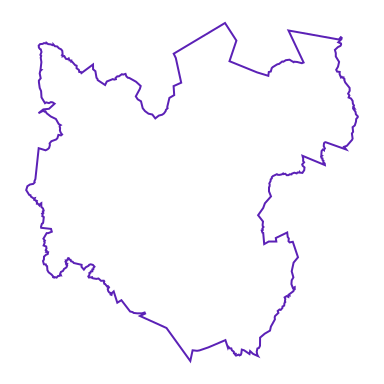 outline of Hidalgo del Parral, Chihuahua, Mexico
{"feature_id": "50627088B29513043306551", "entity_name": "Hidalgo del Parral", "entity_type": "district", "adm_level": 2, "iso_a3": "MEX", "parent_name": "Mexico", "parent_adm1": "Chihuahua", "projection": "robinson", "projection_center": [-105.698, 27.115], "detail": "fine", "context": "isolated", "style": "outline", "palette": "violet", "viewbox_px": 384, "rotation_deg": 0, "n_neighbors": 0, "source": "geoboundaries", "source_scale": "gbopen_adm2", "svg_char_len": 5765}
<svg xmlns="http://www.w3.org/2000/svg" viewBox="0 0 384 384"><path d="M340.8,37.2L338.8,39.5L288.5,30.5L303.6,62.5L301.9,63.2L297.3,62.0L294.2,61.7L293.7,62.2L289.5,59.7L285.8,60.2L283.4,61.7L282.2,61.5L279.1,63.9L277.3,64.3L272.6,67.2L271.7,68.2L270.8,71.5L268.8,72.0L268.3,75.8L257.1,72.4L229.5,61.2L236.4,40.6L225.0,23.0L173.7,53.7L175.8,58.0L181.2,82.7L173.6,86.1L174.2,95.1L169.4,97.9L167.2,107.2L167.6,108.2L165.9,109.9L165.6,111.2L163.9,113.5L162.2,114.7L158.8,115.6L155.3,118.4L152.3,114.5L148.5,113.7L145.0,111.1L142.7,108.2L141.0,101.3L137.7,99.3L135.8,96.4L139.9,88.8L140.7,86.0L136.0,81.7L129.2,77.9L128.0,77.8L126.4,76.4L125.5,73.9L123.1,74.6L121.9,74.2L118.9,76.3L117.3,76.3L115.6,77.9L115.9,79.2L114.2,79.6L112.8,79.1L106.8,81.5L105.1,85.0L97.7,80.1L97.4,78.8L96.5,77.8L95.4,71.2L93.1,69.3L93.0,64.5L81.4,73.1L80.8,71.9L79.3,72.0L78.8,69.8L76.6,68.3L76.6,65.7L75.1,65.1L72.2,61.8L71.2,61.7L71.3,60.5L69.4,60.4L68.7,58.4L67.5,59.2L65.9,58.8L64.3,56.1L62.6,56.4L62.8,55.6L62.0,55.1L62.6,54.4L62.3,50.9L61.2,49.4L58.8,48.2L57.3,46.5L54.9,46.2L53.4,44.5L53.4,45.1L52.7,45.2L50.8,44.4L48.1,44.1L46.3,42.7L46.0,43.4L44.0,43.1L42.6,43.9L40.1,44.1L38.7,45.6L38.9,47.6L40.0,49.1L40.8,49.4L41.5,52.0L40.4,54.9L41.2,55.9L40.7,57.7L41.4,62.1L40.5,69.9L41.3,70.0L40.2,71.1L39.7,73.5L40.7,78.3L38.9,80.5L38.9,82.1L39.7,87.9L41.1,91.1L41.5,97.4L45.0,103.2L46.2,102.4L49.0,103.1L50.9,102.1L52.7,102.4L54.6,103.7L49.0,108.8L43.3,109.4L38.5,113.2L43.3,110.7L44.6,111.7L45.5,111.4L46.7,113.3L50.8,116.5L55.9,119.0L58.7,124.0L60.6,125.1L59.8,125.6L59.6,126.7L60.1,128.0L59.9,130.4L60.7,132.7L62.1,134.5L61.0,135.4L58.4,134.9L57.4,138.2L56.1,139.5L51.4,141.2L49.6,143.4L49.9,145.1L49.1,147.9L47.7,149.2L45.6,150.3L38.7,148.2L35.4,179.0L34.4,181.3L34.7,182.4L33.2,183.9L30.0,184.5L27.4,186.2L26.2,190.1L29.2,194.9L30.5,195.2L30.8,196.5L33.7,198.5L34.8,198.2L34.2,199.8L36.8,200.9L36.4,201.6L37.0,202.3L36.9,203.7L37.8,203.7L39.3,205.3L39.5,204.5L40.4,204.6L40.5,203.7L41.3,203.2L41.3,206.8L43.0,208.5L43.7,210.7L42.8,211.3L43.3,213.0L42.1,213.6L42.7,214.8L42.3,216.1L43.8,217.1L43.2,222.3L42.8,223.3L41.9,223.7L41.0,226.8L41.2,227.8L51.0,228.9L51.8,231.7L48.3,233.1L46.7,233.1L43.4,238.7L44.9,240.7L44.2,241.3L44.7,242.7L43.6,245.5L46.2,246.5L46.5,248.4L45.7,250.1L46.6,250.8L46.1,251.9L48.1,252.2L47.7,254.1L46.2,254.6L44.0,256.6L43.9,259.6L43.0,261.0L43.9,264.3L45.8,264.4L46.2,265.6L47.1,266.2L47.4,270.2L48.6,272.3L51.6,274.6L53.1,276.4L53.1,277.2L54.2,277.6L54.7,277.1L56.6,277.6L57.9,276.1L59.6,275.8L59.8,275.1L60.9,275.3L60.2,273.6L61.0,271.9L63.0,270.9L64.0,269.0L66.4,267.4L66.9,266.3L67.2,265.3L66.6,264.9L67.1,263.8L66.0,263.7L66.1,262.6L65.5,261.8L66.1,261.2L65.9,260.5L66.8,260.6L68.2,258.1L69.0,258.4L69.2,259.6L70.6,259.8L71.1,261.3L72.6,261.7L73.8,263.0L81.6,264.8L81.5,266.8L83.9,269.6L85.7,267.3L88.5,265.8L89.2,264.8L90.7,264.3L92.9,264.9L94.5,266.7L93.4,268.0L93.3,269.3L92.3,269.5L92.3,271.3L90.7,271.5L90.4,272.8L89.4,273.0L89.4,275.0L88.3,276.4L88.9,277.5L92.1,277.2L92.2,278.0L93.0,278.3L96.4,278.9L98.5,278.5L101.0,280.8L103.8,280.7L104.3,281.3L103.9,282.6L104.4,283.9L105.1,284.0L107.2,286.6L107.9,286.1L109.0,287.3L107.7,289.1L108.3,291.2L109.2,292.4L110.4,292.9L110.5,294.5L111.5,294.9L111.9,293.1L113.7,291.4L117.3,302.7L121.4,300.2L130.1,311.5L132.7,312.1L133.5,312.9L136.9,313.3L142.1,313.3L144.6,312.5L145.1,313.6L140.0,316.0L166.5,328.0L190.3,361.0L192.6,350.3L197.1,350.8L199.5,350.4L208.3,347.4L225.4,340.1L228.0,348.0L228.5,346.9L229.9,348.4L231.3,348.4L231.9,350.3L233.8,351.7L233.9,353.3L235.6,353.7L235.1,354.6L236.0,355.6L238.8,354.6L239.5,355.4L240.7,354.9L241.3,353.6L241.8,349.6L244.1,350.3L249.5,354.0L250.1,351.1L253.1,353.9L258.0,356.1L257.3,354.9L256.7,351.7L257.4,348.5L259.0,347.9L260.0,345.8L260.1,337.6L264.7,333.7L270.0,330.6L270.9,326.6L274.9,319.4L274.7,317.2L275.1,316.0L278.4,312.9L277.7,311.0L279.5,309.5L280.7,309.9L282.4,308.0L282.5,306.5L284.2,305.6L284.4,303.2L285.3,302.0L284.9,301.3L285.3,299.0L284.6,297.4L286.6,296.1L288.3,296.9L288.3,295.4L289.5,295.5L289.1,294.4L293.4,291.2L293.8,289.8L294.7,289.3L294.7,287.2L292.9,288.1L291.4,284.1L291.7,280.3L293.4,277.4L291.7,271.3L293.6,262.6L298.0,257.3L292.8,241.8L289.6,242.4L288.5,241.2L288.8,238.5L287.7,236.9L287.2,232.5L275.8,238.0L276.3,241.5L268.8,241.5L264.2,244.1L263.2,232.9L262.5,232.7L261.7,230.4L262.8,229.9L262.4,228.5L263.5,227.0L262.7,226.0L262.6,224.8L263.0,221.5L258.1,215.2L263.2,208.0L264.9,203.3L271.0,196.4L269.0,191.4L269.0,187.2L269.5,186.6L269.7,184.7L269.3,183.5L270.6,181.0L270.7,179.4L271.8,178.4L271.8,177.2L272.9,176.1L276.9,174.2L277.8,174.8L279.5,174.9L281.8,174.4L283.1,173.5L283.5,174.1L285.3,173.8L286.8,175.2L288.6,175.1L289.6,174.3L291.5,174.4L291.8,173.7L294.3,172.7L296.7,173.4L297.5,172.5L299.2,172.5L299.5,172.0L299.8,172.6L302.4,172.9L304.2,170.2L304.5,167.4L302.7,165.8L302.2,164.4L304.1,162.3L303.1,161.0L303.2,158.6L302.5,155.8L324.9,165.1L324.7,163.5L323.2,162.0L323.5,160.8L322.4,159.8L322.5,158.4L321.5,157.9L321.1,156.6L322.0,155.8L321.3,155.5L321.6,151.0L322.9,149.5L324.0,150.2L324.0,149.4L324.9,148.5L323.7,146.1L324.0,143.3L324.6,142.5L325.6,142.2L346.2,149.5L344.1,146.8L346.9,145.8L352.1,139.8L352.6,138.6L351.9,133.5L353.1,131.8L352.6,127.2L354.8,125.4L356.0,121.6L356.2,119.0L357.7,117.3L357.8,116.4L355.9,114.3L355.5,111.8L353.1,108.5L353.2,107.3L354.0,107.7L353.5,106.9L354.0,105.5L352.9,103.8L352.6,100.9L351.0,98.5L348.6,97.5L349.4,95.4L348.1,93.7L349.7,90.8L349.6,87.9L345.2,82.4L344.3,80.0L344.5,79.1L343.7,78.4L343.5,77.4L342.6,77.6L341.9,76.9L341.0,77.5L339.6,74.2L339.7,71.9L337.1,71.6L336.2,69.8L338.0,66.7L339.1,61.9L335.8,56.5L335.8,53.1L334.9,49.9L337.9,47.1L340.4,45.9L341.1,44.7L341.0,43.5L338.3,42.3L341.4,39.2L341.7,37.9L340.8,37.2Z" fill="none" stroke="#5b21b6" stroke-width="2"/></svg>